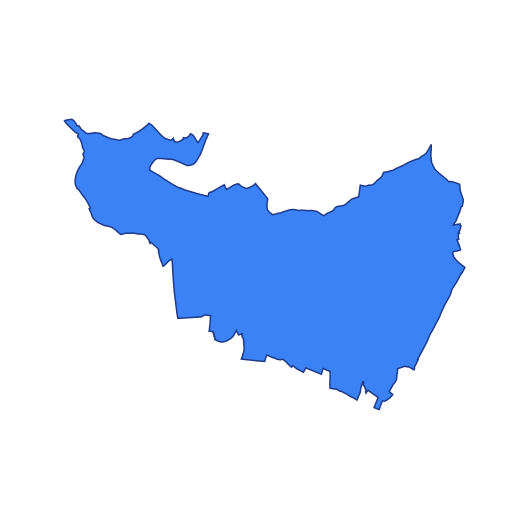 outline of Ludus, Mures, Romania, rotated 98°
{"feature_id": "2599482B95815218754215", "entity_name": "Ludus", "entity_type": "district", "adm_level": 2, "iso_a3": "ROU", "parent_name": "Romania", "parent_adm1": "Mures", "projection": "equal_earth", "projection_center": [24.067, 46.481], "detail": "fine", "context": "isolated", "style": "filled", "palette": "blue", "viewbox_px": 512, "rotation_deg": 98, "n_neighbors": 0, "source": "geoboundaries", "source_scale": "gbopen_adm2", "svg_char_len": 6042}
<svg xmlns="http://www.w3.org/2000/svg" viewBox="0 0 512 512"><g transform="rotate(98 256 256)"><path d="M258.2,362.7L257.0,362.3L260.6,356.4L262.7,353.7L263.8,353.0L264.1,353.3L265.5,353.1L271.0,351.0L274.5,349.2L274.4,349.0L279.1,346.6L277.9,345.3L274.2,342.6L272.2,340.8L270.8,338.9L275.4,337.7L288.6,335.1L302.2,332.1L324.4,326.1L328.6,324.7L325.0,306.9L324.6,304.3L324.3,303.9L323.9,303.0L324.1,302.8L324.0,301.7L321.5,298.5L321.4,292.7L328.9,292.1L337.1,291.9L336.8,288.2L337.5,288.2L337.6,287.4L339.2,287.3L339.2,286.9L339.6,286.9L339.7,286.4L341.2,286.6L341.5,285.8L342.8,285.6L343.0,285.0L344.4,285.3L345.5,282.1L346.1,278.8L345.7,276.6L344.2,273.2L341.5,269.9L339.0,267.7L336.9,266.7L332.5,265.2L336.6,262.2L335.5,259.8L335.0,259.5L334.9,258.8L337.2,258.8L337.7,258.6L338.3,257.8L340.7,256.7L350.0,254.7L353.2,254.9L354.7,255.3L356.9,255.4L359.4,256.1L360.3,256.1L360.1,255.3L359.6,239.1L359.2,232.7L353.3,231.8L352.6,231.4L352.6,231.2L354.5,224.8L353.8,224.3L353.9,224.0L355.1,222.0L355.3,220.8L355.4,217.7L355.2,216.8L354.6,215.8L354.7,214.9L356.6,211.6L358.4,209.4L361.2,205.3L359.4,204.1L362.0,200.1L362.5,198.4L364.6,192.9L359.9,191.0L364.0,174.8L358.0,173.9L359.2,169.9L359.9,166.7L363.3,166.0L373.3,164.9L376.7,164.2L376.8,157.2L377.9,155.0L378.2,154.1L378.2,152.1L378.8,151.0L380.1,147.0L382.0,143.1L382.9,139.5L384.1,137.2L384.6,136.0L376.1,133.7L373.0,133.9L370.5,133.6L365.6,132.8L365.4,132.4L366.0,131.9L366.5,131.9L367.0,131.7L367.7,132.1L368.2,131.6L369.0,131.7L371.0,129.6L372.1,129.6L373.0,128.4L373.9,128.3L375.1,128.6L376.5,128.0L375.0,127.3L373.5,126.3L379.1,115.4L389.7,118.0L390.9,112.6L387.6,112.1L381.9,110.6L381.9,108.4L380.7,106.7L378.0,103.8L374.4,101.3L373.8,101.8L371.7,105.4L369.7,104.4L364.0,102.2L362.0,100.9L359.4,99.9L357.7,99.6L355.4,99.9L351.0,99.8L347.9,100.1L344.6,93.5L344.7,90.1L344.2,90.0L345.1,87.6L345.5,86.9L346.0,85.7L346.0,85.4L346.3,85.1L346.8,83.8L346.6,83.6L345.1,83.3L344.7,83.6L344.0,83.6L336.1,81.0L336.0,81.6L335.0,81.3L333.6,80.7L318.7,75.3L315.6,74.3L309.5,72.8L305.3,71.0L291.0,65.9L286.5,64.8L278.3,62.4L268.9,58.7L265.1,57.7L262.7,57.5L261.7,57.3L254.4,53.9L244.6,50.2L244.7,49.9L244.1,49.6L238.3,47.5L234.9,53.4L232.2,57.3L230.3,59.0L230.0,59.7L228.9,60.5L228.2,60.4L226.8,61.3L226.0,61.6L224.5,61.2L223.9,60.4L223.5,59.6L223.2,57.7L221.5,54.3L216.7,56.4L216.7,57.0L216.0,56.9L211.9,59.3L211.2,57.5L208.5,58.5L207.3,58.6L206.6,58.4L205.3,59.1L205.1,58.8L205.2,58.1L205.1,57.8L204.7,58.2L204.2,58.1L203.7,58.5L203.1,58.6L202.6,57.7L201.1,57.8L200.6,57.8L200.1,57.3L198.3,57.4L197.7,57.2L197.7,57.7L197.5,58.0L196.8,58.3L196.3,58.2L195.8,58.4L197.9,65.0L196.4,64.5L193.7,62.9L183.6,60.4L179.3,59.8L178.8,59.6L177.8,58.6L173.1,58.4L171.5,58.5L164.9,61.9L162.2,63.0L156.6,64.3L156.3,66.4L155.8,67.8L155.0,72.9L155.6,75.6L154.0,77.4L148.3,86.7L146.9,88.7L145.4,90.7L144.5,91.5L139.4,94.9L138.6,95.2L132.4,96.8L128.7,97.2L124.9,97.4L121.1,98.0L127.5,100.3L130.6,101.8L132.8,103.9L134.8,106.6L136.8,108.1L138.4,111.7L140.6,115.6L142.5,118.6L145.4,122.3L150.2,130.0L152.0,132.0L153.1,135.1L154.1,137.0L155.4,141.2L159.8,142.5L162.5,144.7L164.4,146.6L166.6,148.1L169.0,150.2L169.7,151.3L170.0,153.9L171.6,157.2L171.7,158.4L171.3,162.6L182.8,162.5L184.2,164.7L186.0,168.6L186.8,169.6L189.6,172.1L192.5,174.6L193.9,176.7L194.6,178.7L195.0,180.5L196.1,183.2L197.4,184.5L199.9,185.8L200.9,186.8L204.2,192.0L206.6,194.0L206.0,196.3L203.3,202.0L203.3,203.9L203.1,206.3L203.4,207.1L203.2,208.2L203.5,209.5L203.8,210.0L204.2,216.2L204.3,217.5L205.0,220.0L204.7,224.8L204.8,225.8L205.5,229.0L209.0,236.1L210.4,238.2L210.2,239.3L211.1,241.0L212.8,245.1L210.7,248.9L208.9,251.0L205.5,252.1L202.3,252.4L200.9,252.3L197.6,252.4L184.3,266.6L186.4,268.3L187.1,269.2L189.1,272.0L190.0,273.6L190.3,274.7L190.3,275.9L189.3,279.4L188.5,281.1L187.1,283.0L187.0,284.0L188.5,287.3L194.3,294.6L189.8,297.3L199.2,309.5L199.3,309.6L199.0,310.0L200.2,311.5L203.7,311.8L202.4,323.0L200.5,335.5L199.1,340.6L199.3,341.3L198.6,343.6L196.9,348.1L192.1,358.8L190.9,361.0L190.6,361.2L185.7,373.4L183.8,373.3L183.5,373.8L179.2,372.1L175.0,369.6L173.7,368.3L173.1,367.2L172.6,363.4L172.4,356.7L172.0,353.7L172.1,351.2L173.8,344.3L175.6,338.4L175.9,336.5L175.8,335.4L174.6,332.1L173.4,330.4L172.1,329.2L170.0,328.1L163.0,325.2L159.0,324.2L148.1,321.9L142.7,320.3L141.6,320.1L141.4,323.3L141.4,325.5L143.7,325.4L151.8,329.1L149.8,331.2L148.2,332.2L147.2,333.3L145.3,335.0L144.3,337.0L144.1,338.0L146.1,338.6L148.0,340.5L148.9,341.6L148.9,344.4L149.8,344.6L150.2,344.1L152.2,346.4L154.4,349.6L153.9,352.2L154.1,352.7L150.9,354.2L151.9,355.2L152.7,355.6L153.1,356.1L153.3,356.8L152.2,362.3L151.7,363.4L150.6,365.3L148.6,368.0L140.9,377.3L139.5,380.7L142.0,382.3L146.9,387.1L149.9,390.6L152.6,394.5L154.3,394.6L155.3,395.8L155.7,395.8L157.6,399.2L158.1,402.2L158.8,404.2L160.2,406.8L160.4,407.8L160.4,409.9L160.1,411.2L160.0,412.5L160.2,414.4L160.1,415.8L157.9,424.2L157.8,424.6L156.5,426.2L156.3,427.9L156.2,429.7L156.4,430.7L156.5,433.9L157.3,435.4L157.5,437.0L158.1,437.6L158.1,438.2L157.9,438.8L158.1,439.9L158.2,441.5L156.3,443.9L155.7,444.9L155.3,446.2L151.9,449.3L151.7,450.2L151.9,451.1L151.8,451.5L151.6,451.7L150.5,452.2L147.5,455.1L146.7,456.3L146.4,457.0L146.4,457.9L146.7,459.3L147.4,461.1L147.6,462.2L148.1,463.4L148.9,464.5L152.0,461.3L158.4,452.6L159.9,448.9L160.3,448.8L161.8,449.2L162.9,449.1L164.5,446.7L167.3,445.0L171.3,443.1L172.2,443.2L176.1,440.5L177.2,440.6L178.9,441.6L181.0,440.8L182.1,439.8L188.0,441.0L193.7,443.7L198.5,445.1L201.9,445.6L205.5,445.7L208.7,445.3L210.8,444.6L214.3,442.4L215.1,440.7L219.9,436.3L222.5,433.5L225.2,431.1L231.5,426.6L232.4,427.8L234.8,426.5L236.8,425.0L239.3,423.9L241.1,422.7L242.7,420.8L244.1,418.4L244.5,417.9L245.1,416.5L245.5,415.0L245.6,414.4L246.2,413.0L246.9,410.4L247.0,407.9L247.5,403.0L248.6,401.1L249.0,399.7L250.5,397.7L253.5,393.1L253.5,392.7L251.5,388.0L251.0,383.7L250.3,380.1L250.6,378.2L250.5,374.5L250.1,371.7L250.3,371.3L250.6,368.8L250.9,368.3L255.4,364.0L257.2,363.4L258.2,362.7Z" fill="#3b82f6" stroke="#1e3a8a" stroke-width="1.5"/></g></svg>